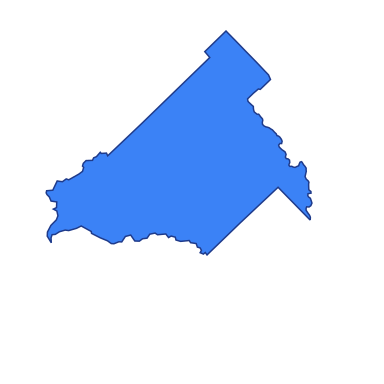 Elmore, Idaho, United States of America, rotated 226°
{"feature_id": "52423323B11139746059105", "entity_name": "Elmore", "entity_type": "district", "adm_level": 2, "iso_a3": "USA", "parent_name": "United States of America", "parent_adm1": "Idaho", "projection": "equal_earth", "projection_center": [-115.613, 43.433], "detail": "fine", "context": "isolated", "style": "filled", "palette": "blue", "viewbox_px": 384, "rotation_deg": 226, "n_neighbors": 0, "source": "geoboundaries", "source_scale": "gbopen_adm2", "svg_char_len": 2412}
<svg xmlns="http://www.w3.org/2000/svg" viewBox="0 0 384 384"><g transform="rotate(226 192 192)"><path d="M290.9,85.9L287.5,85.9L283.4,84.3L278.8,87.8L274.9,83.7L276.0,80.4L272.2,81.6L268.0,79.0L266.2,75.1L266.0,67.3L263.6,60.2L260.8,57.2L253.2,55.5L256.9,58.7L258.5,61.7L256.5,64.2L255.5,69.0L252.7,74.3L249.9,76.5L246.1,83.7L244.5,88.7L233.6,92.1L232.0,91.0L222.7,94.2L215.6,97.3L211.0,98.1L209.0,99.9L207.0,104.8L204.9,106.8L206.3,113.2L203.6,118.0L196.5,116.8L193.2,120.0L192.7,124.0L190.0,127.6L191.0,132.3L188.1,136.9L185.2,137.5L180.0,144.0L175.5,143.5L174.8,146.4L171.1,148.6L168.6,147.1L164.4,149.5L159.0,156.3L156.5,155.8L152.0,159.2L148.6,157.6L146.2,159.0L143.5,158.3L142.7,155.7L139.4,157.1L139.3,159.5L136.3,159.1L136.3,205.6L135.6,257.2L90.3,257.5L90.1,258.0L91.6,259.6L93.6,260.4L96.4,260.8L99.6,261.4L100.9,262.6L101.7,264.2L100.9,264.9L99.9,265.8L99.6,268.0L100.7,270.6L102.5,271.5L105.3,272.8L107.6,272.4L109.0,272.8L110.2,274.3L109.2,275.8L108.5,276.8L109.8,277.9L110.9,277.7L112.5,277.6L115.3,280.1L116.8,281.5L117.8,282.9L119.5,283.3L121.9,283.1L124.5,284.0L126.3,286.7L127.5,288.6L128.6,289.4L129.9,290.7L132.0,291.1L134.1,291.2L135.9,291.6L136.9,291.9L137.9,291.7L138.4,290.4L137.8,288.9L136.8,286.9L137.4,285.4L138.1,283.2L139.5,282.2L141.2,281.6L142.4,280.2L143.7,280.2L144.4,280.8L145.3,282.8L147.2,284.3L149.1,284.1L150.5,283.0L152.2,283.4L153.7,285.8L156.1,286.8L158.1,286.5L159.8,286.1L161.8,286.0L163.8,286.0L165.6,286.9L165.8,289.0L164.6,290.1L165.9,292.1L167.8,292.9L170.4,293.3L172.1,293.1L173.5,292.3L175.4,293.0L177.8,292.9L180.8,293.0L183.0,292.4L184.6,292.1L186.0,291.4L187.7,290.3L189.5,289.7L191.7,289.7L193.4,291.1L194.2,292.5L195.4,293.4L196.9,293.6L198.2,293.6L199.8,293.8L201.2,294.0L201.7,294.0L202.2,293.3L203.0,292.8L203.8,292.7L206.3,292.4L208.0,293.2L209.4,294.2L211.0,295.6L213.0,295.4L215.2,295.3L217.0,295.2L218.5,295.3L220.4,296.7L220.4,304.7L220.0,311.3L218.4,312.4L218.4,324.6L218.4,326.6L223.1,328.4L228.5,328.4L235.9,328.5L244.4,328.5L256.5,328.4L270.5,328.4L280.8,328.3L284.2,328.3L284.1,298.7L276.4,298.2L276.3,239.8L276.2,204.4L276.6,156.5L279.4,157.5L282.8,153.5L284.3,153.6L283.8,147.8L284.9,145.0L283.9,142.4L288.2,137.6L288.1,133.7L286.7,131.2L285.0,131.2L282.9,127.6L283.5,123.0L286.4,111.8L288.8,110.6L289.4,106.0L291.2,104.5L293.6,102.7L290.0,93.1L293.9,88.3L292.7,86.5L290.9,85.9Z" fill="#3b82f6" stroke="#1e3a8a" stroke-width="1.5"/></g></svg>